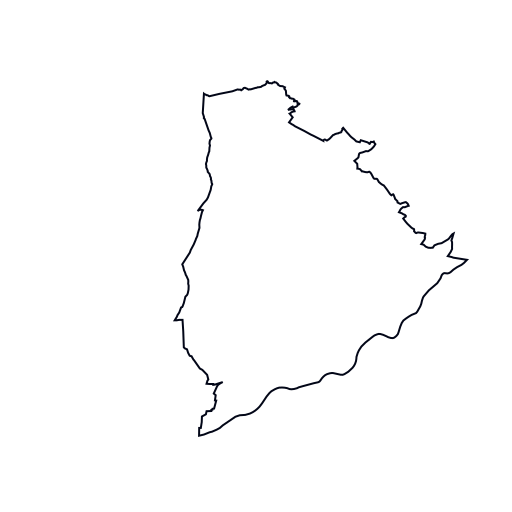 Campulung La Tisa, Maramures, Romania, rotated 137°
{"feature_id": "2599482B2872053894930", "entity_name": "Campulung La Tisa", "entity_type": "district", "adm_level": 2, "iso_a3": "ROU", "parent_name": "Romania", "parent_adm1": "Maramures", "projection": "natural_earth1", "projection_center": [23.748, 47.96], "detail": "fine", "context": "isolated", "style": "outline", "palette": "ink", "viewbox_px": 512, "rotation_deg": 137, "n_neighbors": 0, "source": "geoboundaries", "source_scale": "gbopen_adm2", "svg_char_len": 6138}
<svg xmlns="http://www.w3.org/2000/svg" viewBox="0 0 512 512"><g transform="rotate(137 256 256)"><path d="M183.4,410.2L197.5,396.8L199.3,393.0L200.1,392.5L200.2,391.8L200.1,391.2L205.0,380.2L205.9,377.5L207.8,374.0L208.3,372.5L208.6,372.3L210.6,372.1L211.8,371.3L213.4,369.9L214.3,368.2L216.1,367.0L218.8,364.4L220.0,363.9L221.9,362.7L224.4,361.4L225.9,360.2L227.0,359.0L228.5,358.3L229.9,357.4L230.5,356.3L232.1,354.5L232.4,353.3L233.1,351.5L233.4,351.0L233.9,350.5L234.0,347.7L234.5,346.7L235.1,345.9L235.3,345.0L235.8,343.7L236.9,342.6L237.1,341.7L238.6,339.7L238.9,338.6L239.1,338.3L241.1,337.5L244.0,335.3L251.2,331.6L253.7,330.8L258.5,330.4L267.2,328.8L267.2,328.6L265.9,328.3L265.1,327.8L264.1,326.7L263.6,325.7L265.3,325.1L268.8,322.9L270.8,321.5L272.6,320.5L274.3,319.2L276.0,317.7L278.2,315.1L283.3,312.1L285.4,310.6L288.4,309.4L289.0,309.0L293.7,306.9L299.6,304.9L302.1,303.6L315.6,300.2L316.5,297.9L318.4,294.6L318.9,293.0L319.7,291.1L320.2,290.3L320.5,288.8L321.9,284.7L323.1,283.3L324.5,282.0L325.5,280.2L328.3,277.4L331.1,275.4L332.2,274.8L333.0,274.5L335.4,274.4L340.9,270.8L344.1,269.2L344.8,269.0L345.6,269.4L346.0,269.4L350.7,267.0L353.7,266.3L355.4,265.5L359.3,264.4L357.8,263.0L355.6,261.6L353.3,259.4L360.6,250.5L371.1,238.4L371.0,236.8L370.1,234.8L371.7,231.4L372.5,228.4L372.3,227.7L371.5,226.7L372.4,223.0L372.4,222.0L373.8,212.0L372.9,209.3L372.8,202.4L375.1,198.2L376.6,197.9L379.3,196.3L377.2,194.0L374.5,191.5L375.1,190.9L374.0,190.1L366.3,186.5L368.9,187.2L371.4,187.6L373.2,187.3L380.7,184.2L380.4,181.7L384.5,178.4L383.7,177.4L390.7,173.0L392.0,173.9L392.7,173.3L393.6,173.9L394.4,173.1L398.0,176.2L400.6,174.4L405.0,175.5L409.0,171.5L413.6,167.9L414.8,169.0L420.2,163.4L415.8,160.9L410.1,158.7L408.0,157.5L403.2,155.8L399.7,154.9L395.8,154.8L380.7,152.5L376.5,150.6L372.2,147.1L367.9,144.9L364.9,144.0L362.1,143.5L359.2,143.3L356.2,143.4L352.1,144.1L344.1,146.0L339.7,146.6L337.0,146.6L333.1,145.7L330.8,144.9L328.8,143.9L326.7,142.1L324.9,140.2L323.4,138.2L322.2,135.8L321.0,134.4L318.9,132.8L316.1,131.3L314.3,130.8L310.4,128.8L300.4,123.5L296.7,121.3L295.4,120.9L294.0,121.0L291.3,121.6L289.0,121.8L286.6,121.7L284.5,121.1L281.9,119.8L280.2,118.6L279.3,117.6L275.1,111.5L273.6,110.0L271.9,109.3L267.4,108.4L261.7,108.4L259.4,108.8L257.0,109.6L254.6,110.9L252.8,112.3L251.3,113.7L247.8,115.7L245.1,116.8L240.7,117.9L235.0,118.1L225.8,117.4L223.5,117.1L221.1,116.2L219.5,115.4L218.3,114.2L216.8,111.7L215.3,108.2L214.7,106.5L213.3,104.1L211.9,102.6L210.5,102.0L208.0,101.8L205.6,102.1L203.8,103.0L198.6,106.0L195.1,107.6L192.2,108.3L189.0,108.0L185.7,107.5L182.4,106.8L177.9,105.1L176.1,105.3L170.3,107.1L167.8,108.3L165.0,110.2L162.2,111.7L160.9,112.1L152.9,113.0L142.0,112.5L136.3,113.8L133.3,115.3L131.9,115.5L130.7,115.4L129.8,114.9L127.9,112.7L126.5,111.9L124.8,111.5L120.9,111.4L116.5,110.7L111.8,109.4L108.7,109.1L104.3,109.3L112.8,120.2L113.6,121.8L115.8,125.1L110.8,126.2L107.8,127.4L106.5,128.9L104.7,130.7L103.1,132.5L102.5,134.1L100.2,135.3L96.2,137.7L97.4,138.0L99.5,137.8L102.8,137.2L104.2,137.2L111.5,138.8L114.5,140.7L118.2,142.1L121.1,141.5L121.4,141.9L122.6,142.7L124.4,144.6L125.5,147.1L125.7,149.9L127.0,152.0L121.3,153.1L120.0,154.0L120.0,154.4L119.3,155.1L117.8,156.0L116.9,156.9L118.3,159.0L121.3,162.6L122.1,163.1L123.2,163.5L123.5,164.1L123.5,166.3L122.6,167.1L122.3,167.6L122.1,168.2L122.7,169.2L123.0,170.9L123.3,176.3L123.2,178.8L122.8,183.0L120.9,183.0L119.6,182.7L119.0,183.3L119.1,184.7L119.8,186.0L120.2,187.7L121.6,190.5L120.2,190.9L118.9,191.4L117.7,191.6L115.2,191.5L113.9,190.2L111.1,189.1L110.1,188.6L109.5,190.3L109.4,191.0L109.6,193.0L110.0,193.5L113.3,195.1L114.8,195.6L115.1,196.1L116.0,198.6L115.2,199.6L115.3,203.1L114.9,203.6L113.6,207.0L113.6,207.6L114.4,207.9L115.5,208.0L115.7,208.8L115.7,210.2L114.9,215.3L114.4,220.5L115.0,221.9L115.5,224.3L115.5,225.2L115.7,226.2L114.9,229.5L115.1,230.2L116.7,231.7L116.9,232.2L116.8,233.2L115.7,237.2L115.4,239.1L115.7,240.4L117.5,241.3L118.8,242.8L120.1,244.8L120.4,245.4L120.8,245.6L120.7,248.5L121.7,250.2L122.3,250.8L121.1,251.9L119.1,254.4L119.2,258.5L114.8,258.2L113.8,258.3L111.1,260.3L110.1,260.5L109.3,260.2L107.6,259.2L104.0,257.7L103.2,256.7L102.4,256.1L99.2,255.5L97.5,255.5L95.0,255.7L92.4,256.4L92.3,258.1L91.8,259.4L92.8,259.7L93.3,260.1L94.1,261.1L96.4,260.5L96.6,260.9L96.5,261.6L97.0,263.2L100.4,269.2L102.5,268.4L104.5,271.4L104.6,274.1L105.2,277.8L105.3,279.9L105.2,281.4L105.2,284.3L104.8,290.3L105.2,290.3L105.5,290.1L106.1,290.2L106.8,289.3L108.5,288.9L109.0,288.5L109.6,288.5L111.2,289.4L112.4,289.7L112.8,290.1L114.9,291.2L115.8,291.3L117.2,291.9L121.4,291.6L123.0,291.6L123.6,291.8L124.9,291.9L125.2,292.0L125.6,292.4L125.7,293.0L126.1,294.1L126.5,294.5L127.6,294.7L128.1,294.7L128.3,294.4L132.0,304.7L133.1,307.4L135.4,314.5L139.0,324.3L139.4,326.4L140.0,328.1L140.7,331.2L134.6,332.4L134.3,337.2L133.5,336.9L132.7,337.0L131.6,336.8L130.5,336.4L129.1,335.5L128.9,335.9L128.4,338.0L129.2,338.4L131.9,340.4L133.0,341.0L129.6,340.9L127.3,340.3L127.6,339.4L127.4,339.0L124.4,337.7L123.1,337.7L122.5,338.2L121.2,337.6L120.7,337.6L120.4,337.8L121.3,339.7L120.8,340.2L120.8,340.8L120.5,341.1L120.5,341.5L121.0,342.0L122.2,342.7L122.7,343.3L122.6,343.5L121.4,343.6L121.2,344.2L121.7,345.8L122.7,346.9L122.9,347.6L123.5,348.2L123.5,348.5L123.4,349.0L123.5,349.2L123.5,349.6L122.8,350.0L122.8,350.3L122.9,350.9L124.2,352.6L123.8,353.5L121.5,356.4L121.2,358.0L121.2,359.0L119.8,359.6L120.4,361.0L120.7,362.0L122.4,363.8L122.6,364.3L123.1,366.5L122.6,367.0L123.0,369.3L123.8,370.3L123.8,370.6L124.4,370.6L125.0,371.2L126.5,371.3L126.8,371.5L127.1,372.1L128.5,373.5L128.7,373.9L128.4,375.7L128.6,376.2L128.9,376.3L129.3,376.3L129.8,375.6L130.6,375.1L132.8,375.0L133.6,375.4L135.7,376.2L136.7,376.2L137.5,376.6L138.9,377.5L139.6,378.2L140.8,378.6L141.8,379.3L146.3,381.5L146.7,382.1L147.2,382.3L148.0,382.8L148.3,384.1L149.4,386.6L150.4,387.2L151.0,387.2L151.9,387.0L153.8,387.3L153.9,388.2L155.3,389.5L155.6,390.1L155.9,390.4L161.0,392.6L172.3,399.6L181.1,404.6L181.4,405.1L181.7,406.4L182.0,406.9L182.4,407.2L182.8,408.6L183.3,409.4L183.4,410.2Z" fill="none" stroke="#020617" stroke-width="2"/></g></svg>